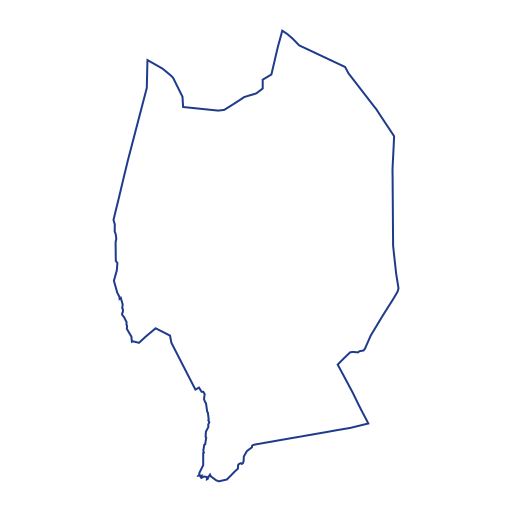 the district of Santa María del Rosario, Oaxaca, Mexico
{"feature_id": "50627088B57696303957439", "entity_name": "Santa María del Rosario", "entity_type": "district", "adm_level": 2, "iso_a3": "MEX", "parent_name": "Mexico", "parent_adm1": "Oaxaca", "projection": "equal_earth", "projection_center": [-97.61, 17.342], "detail": "fine", "context": "isolated", "style": "outline", "palette": "blue", "viewbox_px": 512, "rotation_deg": 0, "n_neighbors": 0, "source": "geoboundaries", "source_scale": "gbopen_adm2", "svg_char_len": 2015}
<svg xmlns="http://www.w3.org/2000/svg" viewBox="0 0 512 512"><path d="M398.5,288.3L396.1,273.3L393.1,245.8L392.6,177.2L392.5,169.9L392.8,163.2L393.6,147.6L394.1,136.2L379.2,113.7L376.3,109.2L373.9,106.2L348.6,73.5L345.1,67.0L299.2,45.4L292.9,38.9L289.6,36.0L287.1,33.9L282.3,30.7L277.8,47.1L271.4,74.5L262.7,79.7L262.7,88.5L256.3,93.4L244.3,97.0L238.3,101.0L231.4,105.4L226.8,108.3L224.2,109.9L218.2,110.6L183.1,107.0L182.5,96.8L173.1,77.8L170.7,75.4L162.5,68.6L147.5,60.1L147.4,61.9L146.8,87.9L128.7,157.2L127.9,160.3L123.6,178.0L118.5,199.4L115.5,211.6L113.5,219.9L114.8,224.4L114.7,231.4L115.8,234.6L116.3,239.1L115.7,241.3L115.6,243.6L115.8,260.8L117.4,263.1L116.8,270.4L113.9,280.8L117.3,292.8L119.5,297.0L119.6,298.8L120.8,297.9L122.7,304.6L122.2,308.1L122.9,309.2L122.9,311.8L122.0,313.8L122.2,314.8L124.1,317.2L125.0,319.1L126.5,321.9L126.5,324.8L127.1,325.9L126.8,328.8L131.4,336.6L131.9,341.7L132.7,341.3L139.0,342.8L145.6,336.7L155.6,328.3L170.0,335.6L171.4,342.8L195.4,389.6L199.0,387.6L201.6,391.8L203.3,391.8L204.7,394.1L204.0,399.0L204.9,401.7L206.0,403.3L207.2,411.7L207.9,412.7L208.7,419.5L208.3,420.2L209.3,422.2L208.2,424.7L208.4,426.9L205.9,431.7L205.6,436.8L206.2,437.5L205.2,444.3L204.3,444.7L203.3,450.6L203.9,452.6L203.2,453.0L203.2,465.2L199.5,472.6L199.2,474.7L198.4,475.7L201.6,475.6L200.7,477.0L201.3,477.9L204.2,476.5L207.0,477.1L206.9,479.3L207.7,478.9L208.5,476.9L210.0,474.6L210.8,476.3L216.3,480.4L218.9,481.3L226.9,479.5L235.4,470.9L237.9,468.7L238.1,465.1L239.1,463.9L240.9,463.2L241.9,463.9L242.9,463.1L243.6,461.3L243.8,456.6L246.8,451.2L248.6,449.8L251.9,447.3L252.1,445.7L253.4,444.9L255.7,444.4L277.9,440.5L317.0,433.7L327.4,431.9L335.6,430.4L350.3,427.9L368.3,423.5L367.1,421.1L361.2,409.9L357.5,402.5L352.7,392.6L343.4,375.2L337.7,364.6L344.2,358.0L345.5,356.8L348.6,353.8L350.2,352.3L352.9,351.9L357.9,352.4L359.6,351.2L363.5,350.5L365.2,348.4L365.6,347.2L370.7,335.6L382.6,315.8L393.5,298.6L397.7,291.4L398.5,288.3Z" fill="none" stroke="#1e3a8a" stroke-width="2"/></svg>